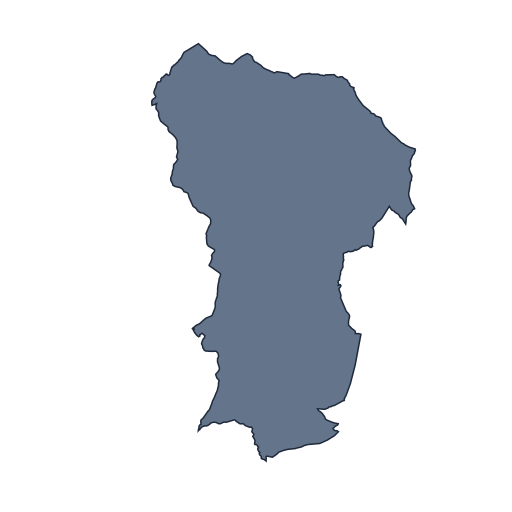 Tomesti, Timis, Romania, rotated 195°
{"feature_id": "2599482B57417690654468", "entity_name": "Tomesti", "entity_type": "district", "adm_level": 2, "iso_a3": "ROU", "parent_name": "Romania", "parent_adm1": "Timis", "projection": "mercator", "projection_center": [22.341, 45.744], "detail": "fine", "context": "isolated", "style": "filled", "palette": "slate", "viewbox_px": 512, "rotation_deg": 195, "n_neighbors": 0, "source": "geoboundaries", "source_scale": "gbopen_adm2", "svg_char_len": 6080}
<svg xmlns="http://www.w3.org/2000/svg" viewBox="0 0 512 512"><g transform="rotate(195 256 256)"><path d="M378.3,434.0L379.2,430.1L379.3,428.9L380.1,426.8L381.1,425.3L381.2,424.2L384.2,419.3L385.1,418.8L385.3,417.6L386.2,416.8L386.5,410.3L386.3,409.3L386.9,408.0L388.0,407.9L389.3,408.7L390.0,408.4L390.4,407.2L391.1,406.7L392.0,404.6L393.0,404.2L393.1,403.4L393.7,402.8L393.3,401.4L393.6,399.8L394.0,399.4L395.8,398.8L396.4,397.3L396.5,392.4L396.9,391.2L397.0,387.9L396.5,386.6L394.3,384.3L394.1,383.8L394.2,383.1L395.9,381.0L396.7,379.6L396.7,378.5L396.0,376.0L395.4,374.6L393.4,375.9L391.4,377.5L391.4,375.4L391.0,373.2L390.5,372.2L388.2,370.5L387.1,369.2L386.8,368.4L386.7,367.1L385.6,365.1L383.1,361.7L378.8,359.6L374.8,358.0L374.1,357.1L373.7,355.4L372.3,353.7L368.8,352.2L365.5,350.3L364.3,349.4L362.2,347.2L361.2,344.0L360.4,339.9L358.4,336.7L358.5,331.4L358.2,330.7L356.7,329.3L357.1,327.4L358.0,324.9L359.1,323.4L359.1,322.0L358.4,319.0L358.6,316.1L358.2,313.2L358.5,309.2L358.0,307.4L357.3,306.3L355.3,304.2L354.6,302.8L352.1,302.2L346.6,302.4L343.8,301.2L342.3,299.5L338.9,299.3L337.8,298.8L335.5,294.9L329.6,287.7L326.8,286.7L325.1,285.5L324.0,284.4L323.1,284.0L320.7,283.4L318.4,283.8L313.7,282.2L310.5,280.8L309.1,279.2L308.2,275.5L309.1,272.1L310.0,264.5L308.9,262.8L308.8,261.3L306.6,255.1L304.5,253.2L298.3,251.6L297.5,251.1L297.4,250.7L297.5,249.2L298.6,247.1L299.1,244.9L298.1,243.3L297.9,241.1L298.2,237.9L298.9,235.5L298.8,234.6L286.8,230.2L285.7,229.5L285.3,227.7L285.7,224.3L285.3,222.0L285.2,218.6L284.6,214.4L283.8,211.5L283.6,209.5L283.0,207.6L283.4,201.8L283.3,200.1L282.2,196.5L282.2,194.2L283.0,187.7L283.1,187.2L283.6,186.6L288.1,183.1L288.8,182.3L293.0,176.0L295.7,173.7L298.7,169.5L298.1,169.0L297.8,169.3L297.9,169.5L297.1,169.8L296.7,169.3L297.6,168.5L295.4,166.1L292.7,164.1L290.5,163.1L289.5,164.3L290.0,165.1L288.1,167.4L284.9,165.9L284.7,165.0L284.8,163.3L285.3,162.6L285.8,160.6L285.9,157.2L284.2,155.1L283.5,153.4L282.6,152.8L281.6,151.6L280.0,151.2L274.5,152.3L269.9,153.7L267.8,152.4L267.3,151.9L266.2,149.5L266.2,148.6L266.6,147.0L265.8,143.8L262.4,138.5L262.1,137.1L262.2,135.9L263.3,133.2L264.1,132.0L264.2,131.0L262.3,128.1L259.4,126.2L259.3,123.1L258.6,120.6L258.8,119.4L258.6,117.1L258.7,115.1L259.3,111.9L259.3,111.0L259.8,107.5L260.4,104.8L260.6,100.8L261.3,95.1L262.2,93.8L265.1,85.8L266.7,83.2L266.4,81.4L265.5,79.4L266.7,78.0L267.0,76.6L266.6,75.5L266.7,73.4L266.5,72.3L266.1,73.2L265.5,73.5L265.1,74.9L264.0,76.9L261.5,78.7L260.0,79.0L259.0,79.6L257.5,81.1L256.1,83.3L253.3,84.7L251.1,84.9L249.1,84.3L247.1,84.7L244.0,87.3L241.5,87.8L234.4,92.2L233.8,92.1L231.7,90.9L229.7,90.4L229.0,89.9L227.3,89.9L224.8,90.7L222.4,89.4L217.8,88.9L216.4,89.6L214.6,88.4L214.6,85.1L212.0,83.4L211.9,82.5L212.4,81.4L212.4,80.8L210.3,78.9L209.2,77.4L209.0,76.9L208.8,74.2L208.1,73.6L207.2,73.9L206.5,73.8L205.7,73.4L205.2,72.6L204.1,72.1L204.4,71.0L204.4,70.0L202.8,67.8L201.4,67.3L201.7,65.9L200.8,64.7L198.9,63.8L198.7,62.1L197.6,61.5L195.3,61.5L193.2,60.5L193.8,63.4L194.4,64.3L194.2,65.0L193.4,65.6L188.0,65.9L184.6,70.0L183.2,72.4L179.6,75.0L175.4,77.4L167.9,80.3L167.6,80.7L163.0,83.1L160.2,85.5L157.1,87.3L145.9,91.4L139.4,96.7L133.7,102.8L130.9,107.6L132.7,108.2L133.9,107.8L135.1,107.9L136.9,109.1L135.5,111.9L133.3,114.1L133.2,115.3L136.6,115.0L140.1,115.2L145.7,116.0L146.9,116.6L148.1,118.5L151.0,120.9L153.3,122.2L155.4,122.7L157.0,124.4L149.9,125.7L147.0,127.9L146.5,129.0L144.3,130.0L143.5,131.0L141.6,131.9L134.5,138.7L133.5,139.1L133.3,139.6L133.7,140.5L133.7,141.4L132.9,144.6L131.8,157.3L132.0,176.5L134.4,207.6L136.7,207.6L139.9,206.8L140.4,208.3L141.1,209.3L144.6,210.7L148.4,213.0L149.0,214.0L149.8,217.3L149.9,221.4L150.3,222.8L152.0,224.4L154.5,225.9L163.6,237.6L163.6,239.4L164.0,240.4L167.3,245.5L167.2,246.4L166.4,248.3L166.3,249.2L167.1,250.1L168.9,249.1L168.7,249.9L170.0,252.1L170.1,253.4L169.1,254.3L169.4,256.3L169.8,257.4L169.6,260.5L170.1,261.9L170.2,263.7L169.7,264.5L169.7,265.8L169.1,267.7L170.3,271.4L170.2,274.7L170.5,274.6L171.2,277.3L171.2,277.7L172.3,280.6L172.0,281.3L169.8,282.9L169.2,283.1L168.0,284.5L166.3,284.5L164.3,285.3L163.1,286.0L161.9,287.8L160.9,287.4L158.0,289.9L157.3,291.2L156.4,291.9L156.0,292.7L155.3,293.1L152.4,294.3L151.0,295.2L147.6,293.9L146.7,294.2L146.7,294.7L145.9,295.4L146.7,297.3L146.7,298.2L147.1,299.0L147.0,300.4L147.3,301.3L147.4,304.1L147.9,306.5L148.0,308.1L148.7,310.7L150.5,314.0L149.5,315.2L147.8,319.9L147.2,320.8L146.0,321.9L144.2,325.0L140.1,338.5L136.8,335.5L135.5,335.4L133.9,334.9L132.8,334.1L129.1,333.1L126.6,330.6L124.2,329.8L119.7,325.6L119.9,327.7L120.7,331.5L120.5,333.6L118.6,337.0L117.3,338.7L116.7,341.2L115.0,342.7L117.4,345.5L118.5,346.0L120.4,348.2L121.9,350.8L123.7,353.2L124.8,356.1L125.0,359.5L125.9,366.1L126.0,368.3L125.4,369.3L125.9,370.8L126.0,373.3L126.4,374.2L129.4,377.6L130.5,379.7L130.7,380.6L130.1,383.3L131.6,388.4L131.1,390.1L130.9,393.1L129.9,395.3L129.5,396.8L129.8,397.6L129.3,399.0L129.9,399.9L130.0,400.6L135.8,400.8L139.9,401.6L142.5,402.6L144.8,403.0L152.5,407.3L157.9,409.6L165.7,414.5L166.5,415.7L167.6,416.5L168.0,417.4L169.8,419.7L170.4,421.1L171.5,421.9L174.5,422.2L176.3,422.1L178.3,423.6L179.9,423.9L181.7,423.5L182.7,424.9L183.6,425.5L191.5,429.1L196.9,433.3L199.8,435.9L201.2,437.4L202.7,439.9L205.2,442.7L204.7,443.6L204.8,443.9L208.4,444.3L209.7,445.4L210.3,446.7L211.7,447.4L213.3,449.4L216.8,450.3L219.1,451.5L221.2,450.9L221.7,450.2L223.2,449.9L224.4,450.0L227.5,451.4L235.8,448.9L237.0,447.7L238.9,447.8L240.4,447.3L242.8,447.8L249.8,445.9L251.3,446.3L256.0,444.4L259.0,443.5L259.8,443.0L260.9,441.5L264.5,438.0L265.4,437.7L267.2,438.1L270.1,439.5L271.0,439.5L271.7,440.6L283.4,439.5L285.8,437.5L288.1,438.1L289.4,438.1L290.5,438.5L294.3,438.9L297.7,439.7L300.6,441.4L305.7,443.1L307.6,443.2L310.4,445.8L310.8,447.2L311.3,447.5L313.7,448.8L317.0,449.2L321.5,445.1L325.8,439.6L326.5,438.0L328.1,435.6L328.8,435.3L331.6,435.2L334.4,434.4L335.9,434.3L337.3,434.3L340.5,435.4L347.2,438.7L350.8,438.3L354.1,438.8L356.6,441.1L366.6,446.2L378.3,434.0Z" fill="#64748b" stroke="#1e293b" stroke-width="1.5"/></g></svg>